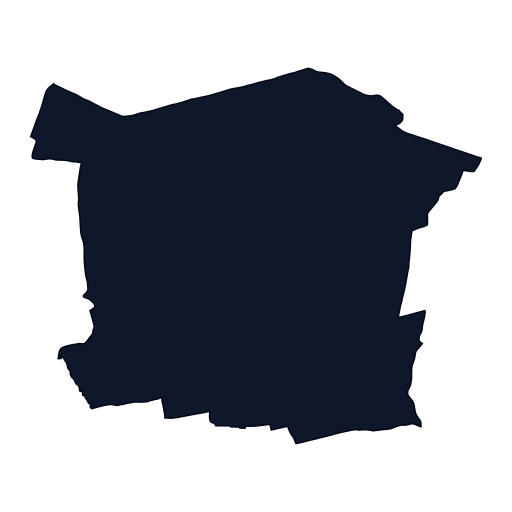 outline of Suan Luang, Bangkok Metropolis, Thailand
{"feature_id": "78962969B46335103611248", "entity_name": "Suan Luang", "entity_type": "district", "adm_level": 2, "iso_a3": "THA", "parent_name": "Thailand", "parent_adm1": "Bangkok Metropolis", "projection": "albers", "projection_center": [100.621, 13.725], "detail": "fine", "context": "isolated", "style": "filled", "palette": "ink", "viewbox_px": 512, "rotation_deg": 0, "n_neighbors": 0, "source": "geoboundaries", "source_scale": "gbopen_adm2", "svg_char_len": 5791}
<svg xmlns="http://www.w3.org/2000/svg" viewBox="0 0 512 512"><path d="M53.6,83.8L52.8,84.5L52.0,85.1L49.5,87.1L48.1,88.5L46.5,90.8L46.0,91.7L44.7,95.7L42.1,105.1L39.4,113.2L36.9,119.4L30.7,136.6L34.1,138.4L34.8,138.9L35.5,139.5L35.9,140.0L36.2,140.8L36.2,141.2L36.3,141.9L36.1,142.7L34.2,148.3L33.6,149.9L32.6,153.1L32.2,155.4L32.3,157.3L32.5,157.9L33.0,158.3L33.5,158.4L34.7,158.8L37.1,159.1L43.2,159.6L47.6,158.9L49.7,158.7L53.7,159.3L55.2,159.8L57.5,160.0L60.0,160.1L62.8,160.1L64.8,160.3L67.3,160.6L71.9,161.6L75.4,161.8L81.4,162.7L81.3,163.5L80.5,167.0L79.7,171.8L77.9,184.2L78.2,192.0L78.5,194.1L78.7,198.9L78.3,205.0L79.9,216.9L80.3,225.1L80.9,232.9L81.5,235.9L83.3,241.5L83.9,244.2L84.0,245.4L84.2,248.9L84.2,258.8L84.5,263.9L85.0,269.0L85.8,275.8L87.5,282.3L88.0,289.3L87.7,290.4L87.3,291.1L85.9,293.1L84.8,294.2L83.8,295.2L83.4,295.8L83.3,296.3L83.7,296.9L84.1,297.2L85.4,297.7L87.9,298.6L89.8,299.7L90.7,300.4L93.2,302.7L93.8,303.5L94.6,304.7L94.9,305.7L94.8,306.4L94.5,307.2L94.1,307.7L92.5,309.0L90.3,310.3L90.1,310.5L90.0,310.9L91.8,316.6L93.4,323.0L93.9,324.7L94.2,325.8L94.1,326.7L93.8,328.2L93.1,330.2L92.7,333.8L91.5,335.1L90.0,337.0L87.8,340.1L86.5,341.7L84.7,343.4L84.1,343.7L83.4,343.8L81.7,343.8L79.9,343.6L78.5,343.7L71.6,344.9L68.3,345.6L65.5,346.4L63.1,347.2L62.6,347.5L61.2,348.4L60.7,349.0L59.6,350.9L59.0,352.9L58.3,357.8L58.2,358.6L59.2,358.7L60.1,358.6L61.1,358.3L62.2,357.4L62.6,357.3L62.9,357.4L63.3,357.5L63.6,357.7L63.8,358.1L64.0,358.5L64.2,359.5L64.5,360.1L65.9,361.7L66.5,362.9L67.1,364.7L67.6,367.0L68.1,368.6L69.0,369.8L69.8,370.6L70.2,371.5L70.4,374.2L70.7,375.2L71.6,377.1L73.5,378.9L74.2,379.7L75.6,382.9L76.0,383.7L77.4,384.7L78.2,385.5L78.7,386.2L79.2,387.5L79.3,387.8L79.5,388.9L79.6,390.7L79.7,390.9L80.0,391.2L80.5,391.3L81.8,391.5L82.1,391.6L82.4,392.0L82.6,392.4L82.6,394.5L82.7,395.3L83.0,395.4L84.2,395.7L84.6,396.0L84.8,396.2L85.1,397.2L87.8,401.6L88.4,402.9L89.8,404.0L90.4,404.5L90.5,404.9L90.6,405.4L90.6,405.6L90.2,406.2L90.3,407.0L90.5,407.5L91.7,408.7L99.6,406.5L104.7,405.3L107.0,404.9L109.3,404.6L110.9,404.5L112.2,404.6L113.7,404.8L115.0,405.2L117.5,405.4L120.7,404.7L124.5,404.0L126.2,403.5L128.0,403.1L135.0,402.0L140.0,402.1L146.2,401.8L147.3,401.7L149.4,400.9L150.3,400.5L151.8,400.3L155.0,399.4L157.0,399.1L158.1,398.8L159.7,398.2L161.1,397.7L161.7,397.4L161.9,397.9L162.0,399.9L162.3,402.5L162.9,404.5L164.9,415.6L165.0,417.1L164.8,417.9L171.4,418.2L177.7,417.4L194.6,414.2L203.8,412.6L209.7,411.3L209.7,413.9L209.5,415.3L209.6,416.9L209.7,418.7L210.0,420.5L210.4,421.1L211.2,422.2L211.7,422.5L213.2,422.9L213.7,423.2L214.6,423.9L215.1,424.4L215.5,425.1L215.7,425.7L230.1,425.9L230.3,426.0L230.4,426.7L230.5,426.8L239.5,427.1L239.8,427.9L239.8,428.0L245.0,428.2L245.1,426.4L256.4,426.0L261.4,425.4L265.7,424.9L269.9,424.2L271.3,430.0L278.1,428.4L287.6,426.3L287.9,426.9L289.1,430.2L289.9,432.0L292.2,435.9L293.8,438.0L295.5,442.7L295.9,443.3L296.2,443.6L296.6,443.4L300.6,442.6L331.7,434.9L334.1,434.1L342.4,432.1L349.0,430.7L351.6,430.1L355.9,429.6L357.3,429.8L358.8,430.1L364.1,429.7L365.8,429.7L369.5,430.1L371.1,430.1L372.0,430.7L372.6,430.8L384.8,429.4L387.1,429.3L390.7,428.7L395.8,426.7L400.9,425.1L405.9,425.1L411.4,423.8L413.7,423.9L420.9,426.8L421.0,424.7L420.8,422.3L420.3,420.9L419.7,419.9L418.0,417.7L415.9,414.1L415.1,411.3L414.1,405.3L413.3,402.4L412.6,401.3L408.1,395.4L407.7,394.3L407.6,392.8L407.8,390.6L408.1,389.8L408.9,388.7L410.6,384.6L411.5,379.1L411.6,375.3L411.5,373.4L411.7,368.3L411.9,366.8L412.5,364.2L413.0,363.1L414.6,358.2L415.5,352.6L416.1,351.0L421.0,345.2L421.9,343.8L422.3,343.5L421.9,343.1L421.3,342.9L419.4,341.2L419.2,340.8L418.9,339.7L419.1,337.2L419.6,335.4L419.9,334.7L421.2,332.5L421.8,330.8L422.1,329.4L422.4,325.6L424.4,317.2L425.1,312.6L425.0,310.6L400.9,317.0L398.4,317.3L398.3,316.6L400.7,304.8L401.4,302.6L401.9,300.3L402.4,297.9L404.3,290.3L405.4,285.1L408.0,270.5L408.6,267.9L408.8,265.6L408.9,262.4L409.5,257.7L410.0,251.2L410.4,244.8L410.5,240.7L411.6,232.9L412.0,230.7L413.5,230.0L414.1,229.9L417.3,228.5L421.2,227.2L424.4,226.4L426.1,225.4L427.1,225.1L427.5,224.1L427.5,217.9L427.3,215.7L427.5,213.7L427.8,213.0L429.3,210.9L436.8,201.8L437.9,199.9L438.5,198.1L439.0,196.0L439.2,195.8L440.5,194.8L441.9,193.5L443.1,191.9L443.4,191.7L444.7,191.2L448.6,190.5L450.0,190.0L452.6,189.6L454.1,189.0L454.9,188.7L455.4,188.2L456.7,186.4L457.1,185.7L460.8,176.8L462.6,171.7L462.9,170.7L463.0,170.6L464.5,170.5L470.9,171.5L472.9,171.6L473.9,171.4L474.3,171.1L477.4,166.5L478.6,164.6L480.1,161.4L480.7,160.2L481.3,158.5L480.6,157.6L478.2,157.3L428.4,140.3L426.5,139.5L423.1,138.5L407.1,133.3L403.2,131.5L401.6,130.5L394.9,125.3L395.9,124.9L397.7,124.4L399.0,123.7L400.5,122.6L401.9,120.9L402.5,120.0L402.7,119.3L402.8,115.0L402.8,114.4L402.5,114.1L401.6,113.3L399.4,111.1L399.2,110.4L398.5,110.2L397.5,109.9L392.4,106.4L382.0,97.3L380.8,96.3L379.6,95.7L377.6,95.3L375.6,95.3L374.5,95.5L371.2,95.9L370.3,95.9L365.8,95.1L362.5,93.9L360.3,92.7L353.6,89.4L345.4,85.2L345.2,85.0L338.8,78.8L334.2,75.8L331.9,74.6L329.9,73.8L325.5,72.8L318.1,72.0L317.2,71.8L315.7,71.2L312.1,69.4L308.8,68.4L307.9,68.4L296.2,72.0L295.1,72.5L289.4,73.8L288.5,74.1L277.8,77.3L276.1,78.1L273.5,79.1L270.6,79.8L267.0,80.5L258.3,82.6L255.0,83.5L252.0,84.5L248.0,85.3L242.5,87.0L233.9,88.5L230.4,89.2L222.4,91.7L220.2,92.5L218.7,92.8L210.2,95.3L208.3,95.8L198.8,97.8L195.0,98.7L191.4,99.2L182.6,102.2L176.0,104.0L172.0,104.7L156.0,109.5L154.4,110.1L151.7,110.8L143.8,112.5L140.0,113.1L134.6,114.9L132.4,115.5L126.2,116.3L124.0,116.4L122.0,116.3L120.6,115.8L118.3,114.6L115.0,113.4L110.9,111.6L102.7,108.2L101.5,107.6L99.6,106.8L99.0,106.3L94.3,103.9L89.5,101.3L83.1,98.7L78.0,95.6L74.8,94.0L72.2,93.0L65.4,90.0L60.9,87.7L56.9,85.9L53.8,84.2L53.6,83.8Z" fill="#0f172a" stroke="#020617" stroke-width="1.5"/></svg>